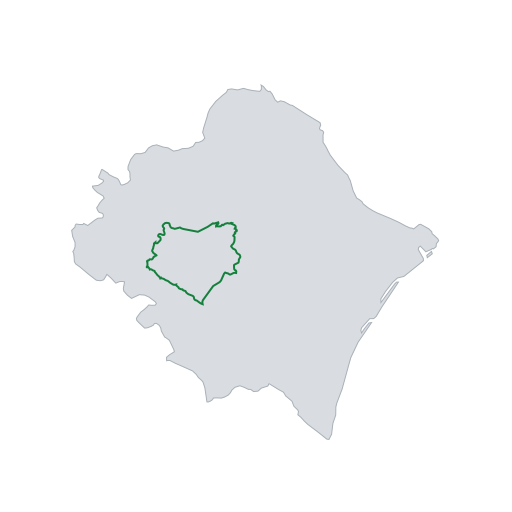 Ivory Coast, with Worodougou highlighted, rotated 310°
{"feature_id": "CIV-3443", "entity_name": "Worodougou", "entity_type": "Region", "adm_level": 1, "iso_a3": "CIV", "parent_name": "Ivory Coast", "parent_adm1": "", "projection": "natural_earth1", "projection_center": [-6.431, 8.415], "detail": "fine", "context": "in_parent", "style": "outline", "palette": "green", "viewbox_px": 512, "rotation_deg": 310, "n_neighbors": 0, "source": "natural_earth", "source_scale": "10m", "svg_char_len": 7884}
<svg xmlns="http://www.w3.org/2000/svg" viewBox="0 0 512 512"><g transform="rotate(310 256 256)"><path d="M141.7,112.8L143.1,112.8L146.7,111.5L150.0,108.8L153.1,103.0L157.2,98.3L161.9,98.7L163.2,97.8L164.9,97.7L166.8,100.7L168.8,103.1L170.2,103.1L171.2,107.5L179.7,109.4L183.3,110.6L186.3,113.8L187.4,113.9L188.7,113.2L189.7,112.1L189.9,110.8L188.6,107.9L189.2,105.3L190.5,103.0L192.7,102.8L196.0,102.2L199.8,102.2L202.6,102.6L203.7,100.3L202.7,93.7L202.9,90.1L203.4,87.1L204.4,85.8L208.6,89.7L212.5,91.0L215.2,91.2L216.0,90.4L214.8,86.3L215.1,85.0L216.2,84.3L218.0,83.9L222.9,82.2L223.4,82.5L224.3,89.1L223.9,91.2L224.9,95.7L226.2,99.8L226.1,101.5L225.0,104.1L223.8,106.4L223.9,107.4L225.9,109.0L229.6,110.7L233.5,111.0L235.6,108.6L237.9,106.7L239.4,104.9L240.0,102.3L242.4,100.4L249.4,98.0L255.9,97.7L257.4,98.4L260.4,102.1L264.1,104.5L269.7,104.2L273.8,105.7L277.3,108.5L279.7,114.7L282.3,119.1L283.4,125.5L287.5,128.8L290.7,130.4L295.1,135.0L299.6,137.3L304.2,136.8L306.4,139.2L309.9,140.9L313.4,141.0L316.4,135.7L320.4,133.6L330.7,129.3L334.7,127.4L338.8,126.2L348.6,125.8L357.7,127.1L362.3,128.1L365.4,127.4L368.3,129.9L371.4,135.2L373.9,136.9L376.4,138.7L378.3,142.9L380.6,147.1L381.8,148.9L384.5,153.0L386.9,153.1L389.2,151.3L390.2,150.0L390.6,152.7L389.7,157.1L389.9,159.8L391.2,160.8L390.5,164.3L387.9,170.3L387.8,173.8L390.5,174.9L392.4,178.6L393.6,185.0L394.8,187.2L394.9,188.5L396.9,203.9L399.3,219.4L397.8,221.5L395.7,222.1L394.3,222.8L393.9,224.2L394.8,226.3L394.3,228.3L391.7,229.6L386.0,234.5L385.6,236.5L384.1,240.7L382.9,243.3L381.0,248.0L378.1,260.6L377.0,271.0L376.9,274.2L375.7,276.5L374.4,279.7L368.3,288.6L365.1,295.9L365.6,299.1L365.7,302.3L364.8,304.6L365.0,310.7L365.7,315.9L366.8,320.9L371.3,335.3L373.7,344.0L375.1,351.0L376.4,355.7L377.6,357.6L378.1,359.4L384.8,360.7L386.1,361.7L387.9,370.9L387.6,375.0L386.3,376.6L386.3,380.1L386.0,384.4L385.1,386.1L381.3,386.3L378.8,388.0L375.5,387.3L375.2,386.3L373.4,385.9L368.4,383.4L369.2,375.5L367.0,375.1L365.2,376.2L361.7,385.7L360.0,387.3L335.4,382.4L330.1,378.5L323.6,377.6L312.5,378.0L303.3,379.2L300.7,381.6L323.9,380.2L326.4,380.5L327.6,381.9L298.2,385.1L287.0,386.9L283.7,386.4L281.1,383.4L269.0,383.0L266.5,384.0L264.9,386.3L269.7,385.8L277.3,385.6L279.3,387.3L255.7,389.6L239.2,393.9L232.3,397.0L209.4,407.5L195.4,412.4L191.7,414.2L185.4,419.3L177.2,422.5L168.0,428.5L162.4,429.8L161.2,427.9L161.0,417.8L160.3,404.2L160.6,399.0L161.3,394.1L161.3,390.1L164.1,388.6L164.9,386.9L165.3,381.6L167.9,376.8L167.9,368.4L168.7,366.7L169.3,364.4L168.2,359.0L166.7,348.6L166.0,347.9L165.4,348.4L163.9,348.6L158.2,345.0L153.8,344.4L150.6,341.3L150.4,337.8L148.9,335.8L147.9,331.7L146.3,327.1L142.0,324.3L137.8,323.7L134.9,324.3L131.5,324.1L127.6,322.5L124.9,320.8L122.3,317.4L119.9,314.7L118.0,315.0L115.7,314.4L113.4,313.2L112.7,312.2L122.2,301.5L125.5,296.2L125.8,293.0L125.9,289.8L126.9,286.4L127.2,281.4L121.9,262.9L120.6,257.2L119.2,255.5L118.3,254.9L120.9,252.6L124.6,253.2L130.2,255.0L131.5,253.2L135.7,243.9L135.6,240.4L135.2,238.1L137.7,231.7L139.7,229.2L140.7,226.5L140.4,222.9L138.9,221.6L136.9,221.8L134.6,220.9L131.0,218.8L129.2,217.0L129.7,208.6L130.1,206.0L131.3,204.5L133.3,204.1L138.9,203.8L143.4,204.8L147.4,205.3L149.5,205.3L151.2,207.8L153.5,210.4L155.5,210.3L156.2,208.4L155.7,200.1L154.4,195.7L151.4,191.5L143.5,187.9L143.3,182.8L144.1,177.4L145.8,175.3L151.7,171.9L150.6,170.0L148.8,168.0L145.1,166.0L145.9,159.4L146.1,153.6L143.0,154.2L139.8,154.6L137.1,152.8L134.8,149.2L134.4,139.4L134.4,128.1L134.0,123.1L134.9,120.5L137.6,118.0L140.7,114.8L141.7,112.8ZM372.3,387.5L371.0,389.6L364.8,388.3L366.3,386.4L372.3,387.5Z" fill="#d9dde1" stroke="#a8b0b8" stroke-width="1"/><path d="M230.2,251.7L229.3,250.3L228.6,249.7L227.3,249.2L225.5,248.4L225.1,248.1L224.9,247.7L224.7,246.1L224.6,245.8L224.6,245.5L224.0,244.5L223.5,243.0L222.0,242.9L215.0,244.9L213.6,245.0L212.5,244.9L205.5,242.5L188.3,243.7L186.9,244.1L185.9,244.8L184.8,246.1L184.3,244.7L184.0,242.8L183.8,239.2L183.7,238.9L183.3,238.3L183.2,237.7L183.2,236.8L183.3,236.5L183.5,236.1L184.0,235.4L184.5,234.9L184.8,234.2L184.8,233.1L184.2,231.4L183.4,229.1L183.2,228.0L183.2,226.1L183.3,225.7L183.7,224.9L183.8,224.5L183.5,223.6L183.1,222.9L182.9,222.1L183.2,221.1L182.6,220.4L182.0,218.9L181.7,217.6L182.2,216.7L182.2,214.3L182.2,214.0L182.3,213.6L182.9,213.2L182.0,212.6L181.2,211.7L180.8,210.6L180.3,207.3L180.3,205.0L180.0,203.8L179.4,202.3L179.2,200.2L178.8,199.1L178.3,198.1L177.7,197.5L178.3,197.3L178.4,197.0L178.0,196.8L177.4,196.8L177.8,195.8L178.0,194.7L178.0,192.7L178.6,190.1L178.7,189.1L178.8,188.7L179.2,188.2L179.3,187.8L179.2,187.4L178.8,186.5L178.7,186.1L178.6,185.1L178.4,184.3L178.0,183.7L177.4,183.3L177.7,182.9L177.9,182.4L178.0,181.8L178.0,181.1L178.3,180.4L178.3,180.1L177.9,180.0L177.5,180.0L177.3,179.8L177.2,179.6L177.3,179.4L178.0,179.2L179.2,178.8L179.8,178.3L180.6,177.5L181.1,177.1L181.6,176.5L181.6,176.3L181.6,176.2L181.9,176.0L182.1,175.9L182.4,175.8L182.8,176.0L183.1,176.1L183.2,176.3L183.3,176.4L183.5,176.5L184.0,176.7L184.8,176.6L185.1,176.7L185.3,176.8L185.4,177.0L186.0,177.9L186.1,178.1L186.3,178.3L186.5,178.4L186.8,178.5L187.0,178.5L187.3,178.6L188.1,178.5L189.4,178.2L189.7,178.2L190.0,178.4L190.2,178.6L190.4,178.7L190.8,178.7L191.3,178.7L191.6,178.8L191.9,178.9L192.2,179.3L192.4,179.4L192.5,179.4L192.6,179.1L192.6,178.7L192.4,176.3L192.4,176.2L192.4,175.5L192.4,175.1L192.5,174.7L192.8,174.2L192.9,173.8L193.0,173.4L193.3,173.1L193.8,172.8L195.6,172.3L196.2,172.1L196.8,171.6L197.2,171.4L198.4,171.0L200.1,169.8L201.8,170.1L201.4,170.4L201.3,171.0L201.9,171.7L202.2,172.0L202.4,172.2L202.7,172.3L206.7,172.6L207.1,172.4L207.6,172.1L208.4,171.3L208.7,170.8L208.8,170.4L208.4,169.4L208.3,169.1L208.3,168.8L208.3,168.5L208.5,168.3L208.6,168.1L208.8,167.9L209.0,167.8L209.4,167.7L210.1,167.7L210.4,167.8L210.7,167.9L211.2,168.5L211.5,168.9L211.6,169.3L212.0,170.5L212.2,170.9L212.5,171.4L212.8,171.8L213.0,171.9L213.3,172.1L213.5,172.1L213.9,171.9L214.5,171.5L215.4,170.2L216.2,168.8L216.5,168.6L217.0,168.3L217.4,168.3L217.7,168.2L218.0,168.0L218.3,167.4L218.5,166.2L218.7,165.7L218.9,165.4L219.3,165.0L220.6,164.8L221.5,165.0L221.8,165.0L222.2,165.1L222.7,165.2L223.7,165.9L224.8,167.5L225.0,168.0L225.1,168.3L225.1,168.6L225.0,168.9L224.9,169.2L224.8,169.4L224.2,170.0L224.0,170.4L223.3,171.9L223.2,172.2L223.2,172.5L223.2,172.9L223.2,173.1L223.3,173.4L223.5,173.9L224.0,174.7L224.1,175.0L224.4,175.9L224.5,176.1L224.6,176.3L227.6,178.5L228.6,179.1L228.8,179.3L229.0,179.5L229.1,180.0L229.1,180.7L229.2,181.0L230.0,183.0L237.2,195.9L237.6,196.1L247.2,200.2L253.4,202.0L253.7,202.9L257.5,205.4L257.0,206.1L256.6,206.3L255.4,206.2L254.6,205.8L254.1,205.8L253.7,205.9L253.3,206.1L253.0,206.4L253.2,206.5L253.6,206.9L254.9,208.7L255.4,209.2L255.7,209.3L255.8,209.5L256.0,209.8L256.4,209.9L258.0,209.9L258.3,210.1L258.4,210.4L258.4,210.8L258.5,211.0L260.8,211.6L261.1,211.7L262.0,212.5L262.6,212.8L262.8,213.0L263.0,213.2L263.5,214.4L263.7,214.7L264.2,215.0L264.9,215.3L265.5,215.7L265.9,216.6L264.9,216.6L265.8,219.3L265.9,220.7L265.2,221.9L264.5,221.9L263.9,221.9L263.2,222.1L263.7,223.4L263.6,224.2L263.3,224.7L262.7,224.5L262.3,225.2L261.7,224.9L260.9,224.6L260.2,224.8L259.8,225.6L259.1,225.4L257.7,225.4L257.1,225.5L256.9,225.6L256.9,226.5L256.9,226.9L256.8,227.3L256.5,227.6L253.8,229.7L252.5,230.3L250.5,230.7L248.9,230.5L248.5,230.5L247.8,230.6L247.4,230.8L246.9,233.4L246.9,233.9L247.2,234.9L247.3,235.5L247.4,235.8L247.4,236.1L247.3,236.4L247.2,237.0L247.0,237.5L246.3,238.6L246.2,238.9L246.0,239.8L246.0,240.1L246.1,240.8L246.2,241.4L246.4,242.2L246.4,242.6L246.2,243.1L245.8,243.9L245.5,244.3L244.7,244.8L243.4,244.9L242.9,245.0L242.2,245.2L241.3,245.9L240.4,246.5L239.6,246.8L235.9,245.2L235.3,245.0L234.8,245.1L233.3,246.4L231.9,247.8L231.8,248.4L231.7,248.9L231.9,249.8L231.9,250.1L231.7,250.4L231.6,250.7L230.2,251.7Z" fill="none" stroke="#15803d" stroke-width="2"/></g></svg>